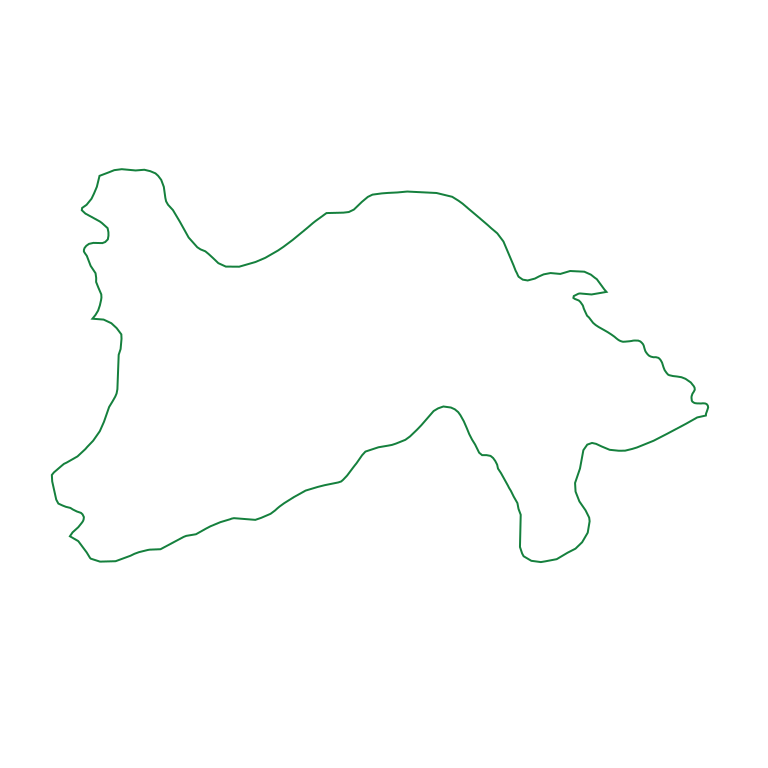 Rabinal, Baja Verapaz, Guatemala (Albers equal-area conic projection), rotated 94°
{"feature_id": "79465075B87613469920283", "entity_name": "Rabinal", "entity_type": "district", "adm_level": 2, "iso_a3": "GTM", "parent_name": "Guatemala", "parent_adm1": "Baja Verapaz", "projection": "albers", "projection_center": [-90.508, 15.131], "detail": "fine", "context": "isolated", "style": "outline", "palette": "green", "viewbox_px": 768, "rotation_deg": 94, "n_neighbors": 0, "source": "geoboundaries", "source_scale": "gbopen_adm2", "svg_char_len": 4357}
<svg xmlns="http://www.w3.org/2000/svg" viewBox="0 0 768 768"><g transform="rotate(94 384 384)"><path d="M276.6,168.5L274.3,170.8L264.6,179.0L263.2,181.3L260.5,185.2L258.0,192.0L258.3,206.2L261.9,215.8L261.7,225.6L263.5,232.4L266.0,237.1L268.3,240.8L270.7,247.9L270.2,252.9L267.6,257.2L266.2,258.1L264.4,259.0L261.8,260.6L256.5,263.1L233.5,274.8L225.8,281.5L221.2,287.8L217.9,292.0L214.2,297.0L208.3,305.0L203.5,311.6L198.6,318.2L196.0,322.4L192.5,329.0L189.8,344.9L190.4,374.3L192.0,384.1L193.1,393.3L194.0,399.4L195.9,408.7L198.5,413.2L203.9,418.8L212.1,426.2L214.9,431.1L215.9,436.5L217.5,453.3L226.3,463.8L228.5,466.2L234.1,471.9L246.7,485.2L254.2,493.9L258.2,499.0L266.4,511.2L271.3,520.8L277.1,536.7L277.9,550.0L275.0,557.7L270.4,563.2L266.5,568.1L264.1,571.5L262.5,576.4L260.6,579.8L251.5,589.1L236.3,599.0L225.2,606.7L220.3,611.9L217.0,614.1L213.6,615.1L209.3,616.0L202.7,617.4L195.9,620.5L192.0,623.9L189.8,626.7L188.0,632.0L187.0,638.1L188.3,646.6L188.0,660.6L189.5,668.0L192.2,673.6L196.2,682.3L207.3,684.2L214.3,686.6L219.6,688.7L226.0,693.2L229.4,697.4L231.7,697.6L234.8,693.8L241.7,678.8L243.1,676.6L247.8,670.6L251.8,669.5L255.3,669.2L259.0,669.6L261.8,672.0L263.1,674.8L263.5,683.7L264.8,688.1L266.9,690.6L269.2,692.2L271.1,692.7L272.8,692.6L274.6,691.3L276.9,689.4L286.6,684.9L293.6,679.5L298.3,678.5L302.3,678.3L307.7,675.7L314.3,672.3L317.5,671.9L320.0,672.1L325.3,672.9L330.7,674.3L335.2,676.6L339.2,679.4L339.3,668.2L342.4,660.2L346.9,654.6L352.8,649.5L357.2,649.0L367.5,649.2L373.4,650.7L407.8,649.6L412.1,650.1L415.3,651.2L420.1,653.5L426.1,656.6L441.2,660.7L450.9,664.2L460.9,670.2L467.4,675.6L469.8,677.4L477.6,684.7L484.6,695.2L486.0,697.7L488.0,699.8L495.2,707.1L497.9,709.0L504.3,708.2L522.2,702.9L526.0,700.5L527.6,696.3L528.7,692.8L529.5,688.2L530.9,685.6L532.6,681.5L533.7,677.3L535.1,675.6L537.7,674.1L540.0,674.2L541.5,674.6L543.0,675.4L548.2,679.0L553.7,684.3L557.8,686.7L562.1,678.0L572.8,668.8L577.9,665.2L578.7,664.3L581.0,654.9L579.5,639.4L573.0,624.9L570.8,621.1L568.8,616.6L566.1,608.2L565.6,606.2L564.4,595.4L550.5,573.2L549.3,570.7L547.0,561.1L540.5,551.2L539.6,549.7L538.1,547.3L533.2,537.5L529.7,528.2L528.9,526.5L528.3,524.3L528.5,502.9L526.1,497.2L521.4,488.1L517.8,483.9L515.3,481.5L513.4,479.5L509.9,475.3L503.1,466.0L495.8,454.8L491.3,442.9L489.1,436.2L485.4,422.8L484.2,419.9L482.4,418.1L477.9,414.4L469.4,408.9L467.0,407.3L465.0,405.9L456.6,400.9L452.7,397.8L447.5,385.1L445.2,375.6L444.2,371.8L442.6,367.9L438.2,358.8L434.5,354.4L427.2,347.8L422.4,343.8L407.5,332.6L404.5,328.3L402.3,323.2L402.8,315.6L404.3,311.6L406.9,308.0L409.8,305.6L415.6,301.8L422.5,298.2L428.0,295.5L433.3,292.3L438.0,288.9L445.9,284.3L448.1,281.2L447.8,276.8L448.3,272.7L450.2,270.0L453.1,267.6L456.6,265.5L460.4,264.4L464.7,261.1L476.7,253.3L478.9,252.0L481.7,250.0L487.2,246.8L493.5,242.6L499.2,241.1L504.9,238.5L537.1,237.0L543.4,234.4L546.1,232.7L550.1,224.7L550.7,215.1L549.7,210.9L546.7,199.5L539.5,189.1L534.9,181.5L528.0,175.3L518.1,170.4L506.6,169.3L503.0,170.0L496.0,174.1L487.5,180.9L478.0,185.4L469.4,186.5L454.7,182.6L436.1,180.5L430.3,177.0L428.3,172.4L428.9,168.3L431.1,162.6L433.9,154.3L434.2,145.2L433.7,138.9L431.5,132.0L429.7,127.3L421.8,111.1L413.8,97.9L402.5,79.8L395.5,69.2L393.0,60.7L391.2,60.7L389.1,60.1L386.9,59.5L384.7,59.0L382.9,59.5L381.5,60.8L381.0,62.3L381.0,64.5L381.3,66.3L381.5,70.4L381.4,72.4L381.0,73.6L380.1,75.1L379.1,75.8L377.8,76.0L376.4,76.3L374.8,76.3L372.1,75.6L370.2,74.5L368.1,73.6L366.1,73.9L364.6,74.8L363.1,76.2L361.1,78.0L357.8,83.6L356.5,87.7L356.1,92.0L355.9,96.3L355.3,100.1L354.8,101.3L353.2,102.9L351.6,104.2L350.6,105.0L347.9,106.3L343.3,108.1L341.0,109.6L339.9,110.6L338.8,112.0L338.3,114.5L338.5,116.9L338.3,118.4L338.0,119.9L337.2,121.7L335.9,123.2L334.2,124.7L333.1,125.5L331.5,126.2L329.9,126.8L327.6,127.6L326.2,128.4L324.9,129.7L323.7,131.2L323.0,133.4L323.1,136.1L323.3,138.4L323.7,139.6L324.2,141.9L324.9,146.2L325.2,148.5L325.0,149.6L324.6,151.2L323.9,152.8L323.2,154.0L322.1,155.6L320.7,157.5L318.8,160.6L316.7,164.4L314.8,168.3L312.2,173.8L310.4,177.0L308.4,179.7L306.7,181.2L303.3,184.2L301.7,186.2L299.0,187.7L297.2,188.7L294.7,190.0L292.8,190.7L291.7,191.2L288.5,193.8L287.1,195.5L286.4,197.7L285.8,199.6L284.9,201.1L283.0,200.8L281.3,197.9L280.4,196.4L280.0,194.9L280.2,183.2L278.0,174.1L276.6,168.5Z" fill="none" stroke="#15803d" stroke-width="2"/></g></svg>